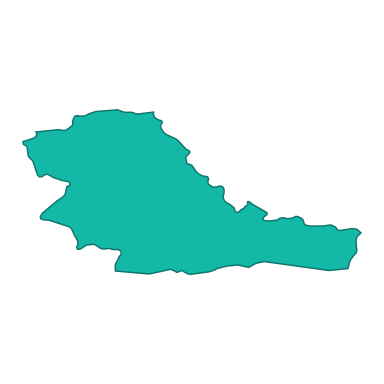 Taurages, Natural Earth projection
{"feature_id": "LTU-1073", "entity_name": "Taurages", "entity_type": "County", "adm_level": 1, "iso_a3": "LTU", "parent_name": "Lithuania", "parent_adm1": "", "projection": "natural_earth1", "projection_center": [22.565, 55.372], "detail": "fine", "context": "isolated", "style": "filled", "palette": "teal", "viewbox_px": 384, "rotation_deg": 0, "n_neighbors": 0, "source": "natural_earth", "source_scale": "10m", "svg_char_len": 2858}
<svg xmlns="http://www.w3.org/2000/svg" viewBox="0 0 384 384"><path d="M176.6,272.4L175.5,271.4L170.5,269.3L149.2,274.0L115.3,271.0L115.3,270.9L115.3,265.2L115.7,263.6L118.0,259.7L118.8,257.2L120.4,255.2L121.2,253.9L121.0,250.9L117.4,249.4L115.7,249.6L113.8,249.6L112.2,249.3L110.5,248.7L108.7,248.4L104.4,249.0L102.2,248.9L100.0,248.1L96.3,245.4L94.3,244.5L92.2,244.4L87.0,245.0L85.5,245.6L81.8,248.2L79.4,249.3L77.5,249.1L76.7,247.8L77.9,243.6L78.0,242.3L77.6,240.7L74.6,235.6L72.0,229.7L70.8,228.1L69.0,226.7L49.6,220.4L43.2,219.7L40.8,218.8L40.3,216.7L42.3,213.2L57.6,200.5L61.0,198.3L63.8,196.1L65.3,193.9L66.8,186.7L70.0,185.3L69.9,183.1L69.3,182.4L68.1,181.6L61.5,180.3L53.3,177.5L49.1,175.0L47.1,174.3L45.3,174.5L41.7,176.8L39.6,176.9L37.5,175.1L33.3,162.4L32.4,160.4L29.5,157.9L28.3,156.0L27.1,147.4L26.4,146.0L23.4,144.2L23.0,141.6L33.6,138.3L35.1,137.3L36.3,135.6L36.9,134.3L36.0,132.0L59.0,129.6L61.7,130.3L64.4,130.5L66.5,129.9L71.5,126.2L72.6,125.1L72.8,123.9L72.6,122.3L72.7,120.8L73.4,118.9L74.1,117.5L74.9,116.3L75.8,115.9L77.4,115.6L80.0,116.2L82.6,116.2L85.2,115.8L88.7,113.9L95.7,111.6L112.4,110.2L117.5,109.8L123.5,112.0L126.0,112.4L131.0,112.2L133.2,112.7L135.6,113.7L138.0,114.0L153.5,112.1L153.5,114.4L153.8,115.7L154.8,117.5L157.1,119.3L161.4,120.8L162.3,121.8L161.7,123.5L160.8,124.9L160.6,126.4L161.0,128.0L162.7,130.9L164.1,132.9L166.9,134.8L176.2,139.1L178.4,140.9L186.1,149.3L188.2,150.3L189.6,151.3L189.9,152.5L185.7,157.3L186.8,163.4L191.8,165.2L196.3,171.7L198.6,173.9L202.7,176.0L207.0,176.6L208.0,177.5L208.6,179.1L207.8,181.4L208.2,184.0L212.5,186.9L213.7,187.1L216.2,187.1L219.5,186.1L221.2,186.1L222.5,186.7L223.8,188.7L224.1,190.7L224.0,192.9L223.2,196.7L223.4,198.5L224.4,200.6L226.3,202.5L230.3,204.8L234.1,207.9L234.6,209.4L234.9,210.9L235.8,212.1L237.0,212.5L239.1,211.6L240.2,210.7L241.1,209.8L241.7,209.3L242.9,208.8L244.0,208.3L244.5,207.5L245.0,206.6L245.6,206.1L246.6,205.7L247.3,205.3L247.7,204.5L247.7,203.6L247.5,202.7L247.5,202.0L247.9,201.6L248.8,201.6L250.1,202.3L252.6,204.4L266.5,212.4L267.2,213.3L266.9,214.5L264.2,216.7L263.0,218.3L263.4,219.9L265.6,220.9L270.8,220.9L276.7,220.1L277.8,219.6L279.4,218.5L280.3,218.1L282.1,217.8L284.2,217.9L287.0,218.7L290.7,218.4L292.9,217.9L294.3,217.2L295.4,216.5L296.9,216.5L298.9,217.0L302.4,219.0L303.4,220.8L304.2,223.9L305.5,225.1L309.2,226.0L322.1,226.1L330.2,225.0L332.5,225.5L335.9,227.5L336.9,229.2L338.4,230.3L340.2,230.5L351.8,228.6L356.9,229.2L361.0,232.9L357.3,236.4L356.4,238.4L356.0,241.0L356.3,245.8L356.7,248.6L356.7,251.1L356.0,253.1L353.4,255.8L350.1,260.5L347.9,268.6L329.0,270.5L264.3,261.6L258.0,262.8L254.2,264.2L251.6,265.9L248.7,267.3L237.7,265.0L227.3,266.0L217.1,268.5L214.9,269.9L208.7,271.9L191.5,274.2L188.9,274.2L187.7,273.8L183.9,271.8L182.4,270.5L176.7,272.4L176.6,272.4Z" fill="#14b8a6" stroke="#0f766e" stroke-width="1.5"/></svg>